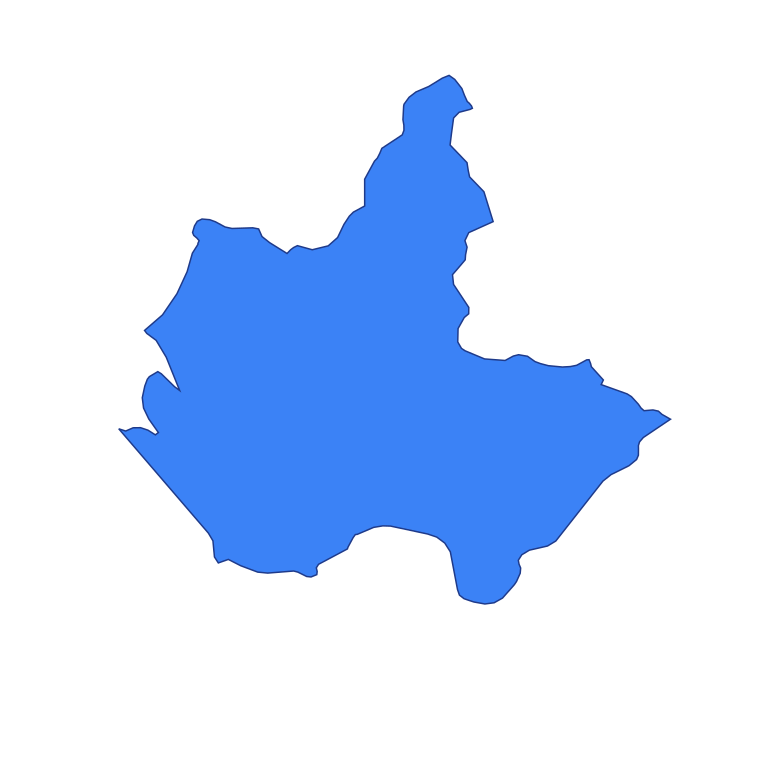 outline of Choluteca, rotated 53°
{"feature_id": "HND-661", "entity_name": "Choluteca", "entity_type": "Department", "adm_level": 1, "iso_a3": "HND", "parent_name": "Honduras", "parent_adm1": "", "projection": "orthographic", "projection_center": [-87.137, 13.37], "detail": "fine", "context": "isolated", "style": "filled", "palette": "blue", "viewbox_px": 768, "rotation_deg": 53, "n_neighbors": 0, "source": "natural_earth", "source_scale": "10m", "svg_char_len": 2390}
<svg xmlns="http://www.w3.org/2000/svg" viewBox="0 0 768 768"><g transform="rotate(53 384 384)"><path d="M607.9,446.4L603.6,449.3L598.0,450.8L592.4,449.0L557.9,432.0L547.6,431.2L538.0,434.0L530.1,439.4L501.4,464.3L496.6,470.3L492.3,478.5L488.0,495.8L487.0,497.5L488.1,501.1L492.6,510.9L493.7,512.5L488.6,544.8L490.1,548.7L493.5,550.2L495.8,552.4L494.2,558.4L491.2,561.6L482.4,566.0L479.0,568.7L465.0,590.7L458.2,598.1L442.9,607.8L430.4,613.9L427.2,624.0L420.1,623.5L406.3,615.0L397.4,614.0L260.1,622.8L260.3,622.7L266.1,618.6L268.0,610.7L272.4,604.7L278.8,600.3L287.0,597.2L287.0,593.4L270.4,592.9L258.5,590.5L249.5,585.3L241.7,576.3L237.8,570.2L236.9,566.9L238.0,557.2L241.8,555.7L260.1,552.9L266.2,551.1L231.6,541.8L212.0,539.7L200.9,543.0L197.1,543.0L195.5,519.3L187.3,495.0L175.8,473.6L164.2,458.3L160.5,448.5L159.7,448.0L158.3,445.4L154.8,445.6L150.8,446.5L147.8,445.7L143.7,440.2L141.7,435.2L142.7,430.1L147.9,424.3L153.0,421.0L163.0,416.4L168.3,411.8L180.3,394.8L184.7,390.8L192.8,392.7L202.2,390.3L221.4,382.9L220.6,377.7L220.6,374.1L221.4,369.9L233.6,360.5L240.1,345.4L239.1,332.9L232.4,319.9L229.1,310.7L228.3,305.0L230.2,292.3L208.8,276.2L200.3,257.5L199.6,253.4L197.2,248.5L194.5,243.9L196.0,219.5L193.4,215.4L189.3,212.4L184.3,209.8L173.8,201.0L172.6,199.6L170.1,191.4L170.0,182.6L173.3,169.3L174.8,153.4L176.7,146.3L183.3,144.2L194.9,144.0L201.8,146.0L208.5,147.5L211.2,146.9L214.7,146.8L217.0,147.5L216.5,150.0L212.2,160.5L213.4,168.3L224.8,179.6L232.9,187.4L257.2,184.5L264.3,188.3L270.1,191.0L290.6,188.5L320.0,199.1L314.1,225.2L318.2,233.1L324.7,235.3L329.9,241.1L333.7,244.4L336.3,256.0L337.9,263.5L346.3,268.5L373.9,270.2L378.9,274.1L379.2,279.9L384.3,291.5L394.8,299.8L402.2,300.7L406.2,299.3L424.5,288.6L438.1,273.1L439.5,263.9L441.6,258.9L448.2,252.7L457.0,249.9L461.7,246.9L468.3,241.7L477.8,231.3L482.2,224.7L485.0,218.9L486.7,207.6L488.0,205.6L492.0,206.7L495.0,208.0L512.8,206.4L515.2,210.9L538.2,195.8L543.0,194.0L553.2,193.0L557.8,193.2L561.8,192.4L566.6,184.8L570.8,181.2L575.5,180.3L584.1,176.6L584.5,176.4L582.8,209.1L584.0,214.7L586.3,217.9L588.8,219.7L594.0,223.7L596.3,227.7L596.7,237.5L593.0,257.2L593.3,267.6L612.8,341.3L611.8,350.9L604.2,367.9L603.3,376.7L605.6,382.8L609.2,384.6L613.2,385.6L617.1,389.1L621.4,396.9L622.7,400.6L626.3,418.2L625.0,427.7L620.4,435.8L612.2,443.4L607.9,446.4Z" fill="#3b82f6" stroke="#1e3a8a" stroke-width="1.5"/></g></svg>